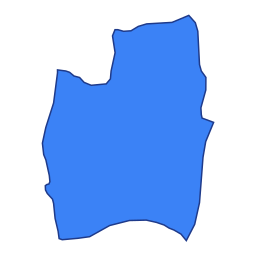 map outline of Couva-Tabaquite-Talparo (Equal Earth projection)
{"feature_id": "TTO-58", "entity_name": "Couva-Tabaquite-Talparo", "entity_type": "Region", "adm_level": 1, "iso_a3": "TTO", "parent_name": "Trinidad and Tobago", "parent_adm1": "", "projection": "equal_earth", "projection_center": [-61.362, 10.449], "detail": "fine", "context": "isolated", "style": "filled", "palette": "blue", "viewbox_px": 256, "rotation_deg": 0, "n_neighbors": 0, "source": "natural_earth", "source_scale": "10m", "svg_char_len": 856}
<svg xmlns="http://www.w3.org/2000/svg" viewBox="0 0 256 256"><path d="M59.1,238.6L58.1,231.2L55.1,218.4L53.6,203.5L52.5,199.2L47.3,193.5L45.5,190.0L45.3,185.7L46.9,184.5L48.9,184.0L49.9,181.7L49.3,175.5L45.9,160.0L43.7,154.6L42.4,143.2L45.8,127.5L53.6,103.0L57.5,72.9L57.5,69.9L65.8,71.0L69.6,72.3L74.0,76.0L79.6,77.5L84.1,82.4L91.2,85.3L106.2,83.9L110.4,78.9L111.1,71.0L115.1,52.7L112.5,35.9L115.0,29.7L117.9,29.7L123.6,31.3L131.0,30.8L138.3,26.4L146.6,23.9L172.0,22.4L188.8,15.4L195.3,22.7L197.8,31.2L199.5,64.6L201.3,71.0L205.9,77.4L205.8,90.0L200.9,107.8L201.3,114.6L202.1,118.1L213.6,122.4L205.7,141.6L203.0,157.3L199.5,202.7L194.7,224.3L186.3,240.6L181.0,234.1L173.9,230.0L169.1,228.1L164.1,225.0L156.5,222.4L146.3,220.1L129.4,220.5L109.7,225.5L89.6,236.7L77.8,238.3L62.2,239.7L59.1,238.6Z" fill="#3b82f6" stroke="#1e3a8a" stroke-width="1.5"/></svg>